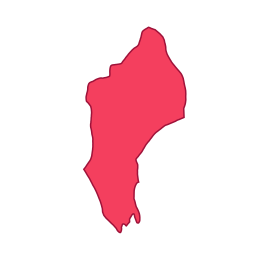 Habil Jabr, Lahij, Yemen (orthographic projection), rotated 107°
{"feature_id": "15242507B45495192341807", "entity_name": "Habil Jabr", "entity_type": "district", "adm_level": 2, "iso_a3": "YEM", "parent_name": "Yemen", "parent_adm1": "Lahij", "projection": "orthographic", "projection_center": [45.08, 13.602], "detail": "fine", "context": "isolated", "style": "filled", "palette": "rose", "viewbox_px": 256, "rotation_deg": 107, "n_neighbors": 0, "source": "geoboundaries", "source_scale": "gbopen_adm2", "svg_char_len": 4605}
<svg xmlns="http://www.w3.org/2000/svg" viewBox="0 0 256 256"><g transform="rotate(107 128 128)"><path d="M176.6,102.0L175.9,102.4L174.9,103.0L173.8,103.5L172.7,104.0L171.6,104.5L170.5,105.0L169.3,105.5L168.2,105.8L166.9,106.2L165.8,106.6L164.6,106.8L163.5,107.0L163.4,107.0L162.5,107.3L161.4,107.6L160.3,108.0L159.3,108.7L158.6,109.4L158.4,109.5L158.0,109.9L157.4,110.3L156.8,110.7L156.4,111.0L156.0,111.1L155.6,111.2L155.2,111.2L153.6,110.6L152.6,110.1L151.9,109.8L151.2,109.6L149.8,109.1L149.0,108.7L146.9,107.9L146.1,107.7L144.9,107.4L143.7,107.2L142.4,106.8L140.9,106.5L139.7,106.2L138.5,105.9L137.3,105.4L136.1,105.0L134.9,104.4L133.7,103.9L132.7,103.6L131.6,103.2L130.5,102.7L129.2,102.3L128.1,101.9L127.1,101.5L125.8,100.9L124.7,100.3L123.7,99.7L122.8,99.0L121.8,98.3L120.8,97.6L119.7,96.8L118.7,96.1L117.6,95.4L116.5,94.6L115.5,93.9L114.5,93.1L113.8,92.1L113.0,91.0L107.5,84.4L106.6,83.7L105.7,82.7L105.1,81.8L101.5,77.5L93.1,80.4L91.9,80.4L90.8,80.3L89.6,80.3L88.5,80.3L87.2,80.4L86.1,80.6L84.9,80.8L83.7,81.1L82.6,81.5L81.4,81.9L80.4,82.2L79.2,82.5L77.9,82.9L76.8,83.3L75.6,83.7L74.4,84.3L73.2,84.9L72.2,85.5L71.0,86.2L69.9,86.8L68.8,87.4L67.6,88.0L66.5,88.6L65.4,89.2L64.3,89.8L63.4,90.5L62.3,91.4L61.3,92.3L60.4,93.3L59.7,94.3L59.0,95.4L58.3,96.4L57.7,97.5L56.9,98.7L56.2,99.8L55.5,100.9L54.7,102.0L54.0,103.1L53.4,104.0L52.7,105.0L52.0,105.9L51.1,106.8L50.1,108.0L49.2,108.9L48.3,109.9L47.4,110.8L46.6,111.6L45.7,112.4L44.7,113.1L43.5,113.9L42.5,114.5L41.3,115.0L40.1,115.4L38.9,115.9L37.8,116.5L36.7,117.1L35.7,117.8L34.6,118.4L33.4,119.0L30.7,121.4L28.5,125.2L26.1,130.8L26.1,131.1L26.1,132.3L26.0,133.6L26.0,134.7L25.8,135.9L25.7,137.0L25.7,137.8L26.2,138.3L27.1,139.0L27.9,139.8L28.8,140.6L29.7,141.3L30.7,142.0L31.7,142.4L32.9,142.5L34.1,142.4L35.3,142.3L36.5,142.2L37.7,142.1L38.8,142.2L40.1,142.1L41.3,142.2L42.4,142.2L43.6,142.2L44.9,142.2L46.0,142.5L47.1,143.0L48.1,143.8L49.0,144.6L49.9,145.4L50.9,146.0L52.0,146.7L53.3,147.3L54.5,147.9L55.8,148.5L57.1,149.1L58.3,149.5L59.8,150.1L61.2,150.7L62.3,151.0L63.4,151.4L64.6,151.9L65.8,152.4L66.9,152.7L68.1,153.1L68.9,154.1L69.5,155.2L70.0,156.3L70.5,157.3L71.0,158.5L71.5,159.5L72.0,160.7L72.5,161.7L73.4,162.5L74.6,162.7L76.0,162.6L77.2,162.4L78.5,162.1L79.6,161.8L80.7,161.4L81.8,161.0L83.0,160.8L83.5,160.7L84.0,160.9L84.4,161.3L85.0,162.1L86.0,163.5L87.0,165.5L87.7,166.6L87.9,167.7L88.2,168.8L88.8,169.9L89.5,170.9L90.2,171.8L90.9,172.7L91.9,173.6L92.7,174.3L93.6,175.1L94.3,176.1L95.0,177.0L95.8,177.8L97.0,178.4L98.2,178.5L99.3,178.5L100.6,178.4L101.7,178.1L102.9,177.8L104.2,177.6L105.4,177.5L106.6,177.5L107.9,177.4L109.1,177.3L110.3,177.2L111.4,176.9L112.7,176.4L113.7,176.0L114.7,175.4L115.2,174.3L115.8,173.2L116.6,172.1L117.3,171.1L118.1,170.1L119.2,169.4L120.4,168.7L121.6,168.2L122.8,167.7L123.9,167.3L125.1,167.0L126.2,166.8L127.6,166.4L128.9,166.2L130.0,165.9L131.2,165.6L132.4,165.4L133.9,165.0L135.1,164.9L136.2,164.6L137.4,164.2L138.5,163.7L139.6,163.0L140.9,162.3L141.9,161.8L143.2,161.2L144.4,160.7L145.4,160.1L146.6,159.4L147.8,158.8L149.0,158.3L150.2,158.0L151.5,157.6L152.8,157.1L154.3,156.7L155.5,156.3L156.6,156.0L157.8,155.8L159.0,155.5L160.3,155.3L161.6,155.1L162.8,154.9L164.1,154.7L165.3,154.5L166.5,154.5L167.9,154.5L169.1,154.6L170.2,154.8L171.4,155.2L172.5,155.6L173.6,155.9L174.8,156.3L176.1,156.7L177.3,157.0L178.4,157.4L178.7,157.5L179.6,157.9L180.4,158.2L182.1,156.2L182.8,155.4L185.2,152.8L187.7,149.9L190.2,147.5L191.8,145.9L192.3,145.5L192.8,145.0L195.2,142.4L198.0,139.8L200.7,137.5L203.5,135.3L206.3,133.0L209.4,130.9L212.5,129.0L215.8,127.7L218.6,125.5L220.6,122.6L222.2,119.4L223.9,116.2L225.2,113.5L225.5,113.0L225.7,112.7L227.5,109.8L227.9,109.4L228.7,108.6L229.4,107.8L229.7,107.0L230.1,106.4L230.3,105.6L230.3,105.0L230.2,104.8L230.0,104.6L229.7,104.5L228.9,104.4L227.7,104.4L227.1,104.5L226.1,104.7L225.6,105.0L224.7,105.3L223.9,105.2L223.2,105.2L222.4,105.2L221.6,105.1L221.1,104.4L221.1,103.6L221.1,102.9L221.3,102.5L221.7,101.9L222.0,101.5L222.0,101.2L222.0,100.9L220.2,100.3L218.7,99.6L217.3,99.0L217.2,99.1L214.5,99.9L210.8,99.0L210.1,98.9L208.6,98.0L208.5,97.6L208.5,97.2L209.1,96.6L210.5,95.9L211.2,95.5L212.2,94.7L215.0,92.6L215.9,91.8L216.0,91.4L215.9,90.5L215.8,90.4L215.5,90.1L214.3,89.7L214.2,89.7L213.5,89.7L213.2,89.7L212.6,89.8L209.9,90.6L208.2,91.3L206.5,92.2L204.9,93.4L203.7,94.4L203.5,94.6L202.3,95.7L200.8,97.2L198.4,98.7L196.8,99.6L195.3,100.6L194.5,101.2L193.5,101.8L192.1,102.1L191.8,102.2L188.7,103.1L186.1,103.8L183.7,104.1L181.4,104.1L179.3,103.8L178.6,103.6L177.8,103.3L176.9,102.5L176.6,102.0Z" fill="#f43f5e" stroke="#9f1239" stroke-width="1.5"/></g></svg>